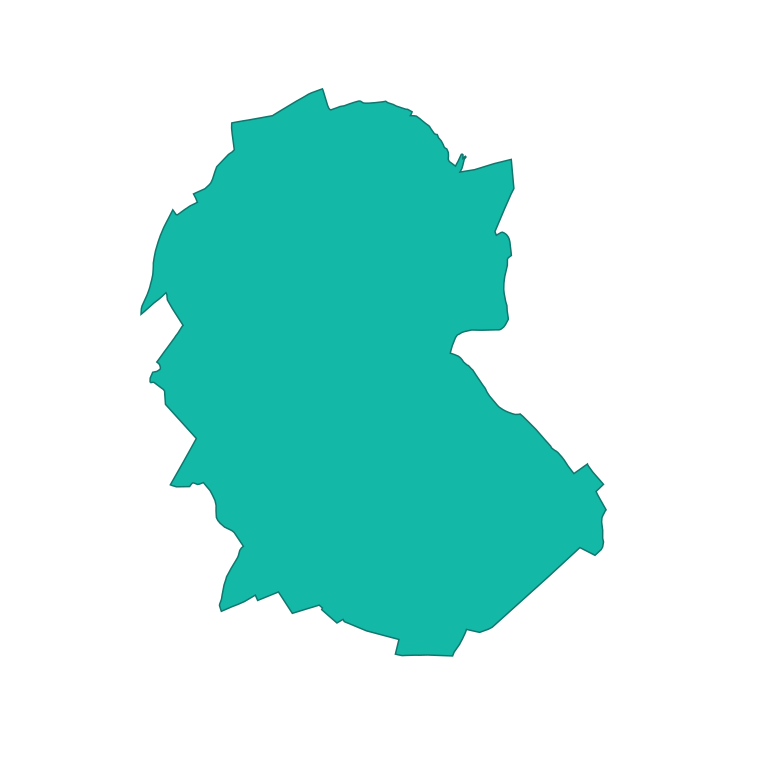 outline of Cherechiu, Bihor, Romania, rotated 19°
{"feature_id": "2599482B71781010068673", "entity_name": "Cherechiu", "entity_type": "district", "adm_level": 2, "iso_a3": "ROU", "parent_name": "Romania", "parent_adm1": "Bihor", "projection": "orthographic", "projection_center": [22.122, 47.408], "detail": "fine", "context": "isolated", "style": "filled", "palette": "teal", "viewbox_px": 768, "rotation_deg": 19, "n_neighbors": 0, "source": "geoboundaries", "source_scale": "gbopen_adm2", "svg_char_len": 5114}
<svg xmlns="http://www.w3.org/2000/svg" viewBox="0 0 768 768"><g transform="rotate(19 384 384)"><path d="M565.6,578.6L602.3,512.4L622.5,474.9L639.3,477.3L643.3,469.8L643.8,466.9L643.0,461.9L641.0,458.7L638.4,451.1L634.7,443.6L633.6,439.4L633.8,436.9L634.3,433.5L634.5,431.8L635.0,430.7L624.5,421.4L622.3,419.4L619.5,416.6L624.2,407.4L610.1,399.3L604.1,395.1L602.7,393.9L602.4,393.4L592.7,406.9L585.0,401.8L579.1,397.2L575.6,394.9L573.4,393.7L572.2,393.0L570.6,392.1L568.9,391.5L566.8,391.1L565.7,390.7L564.3,390.3L563.0,389.7L562.0,388.6L554.8,384.6L542.3,377.4L529.0,370.9L526.2,369.5L522.4,368.0L521.9,368.5L520.3,369.2L518.0,370.1L514.8,370.3L510.4,370.2L507.7,370.0L504.8,369.5L500.2,368.3L497.9,367.1L487.7,361.0L484.1,358.2L481.9,355.9L480.5,354.7L477.7,352.8L475.6,351.2L472.4,348.8L468.4,345.8L463.3,341.8L461.7,341.2L457.8,339.1L456.3,339.0L453.7,338.0L451.9,337.2L450.2,335.8L447.8,334.4L445.2,333.5L443.7,333.4L440.2,333.2L436.6,333.3L436.3,329.3L436.1,325.4L436.5,316.8L437.4,313.7L439.0,312.2L440.8,310.0L442.8,308.4L449.3,304.4L458.7,301.4L471.3,296.7L475.2,295.3L476.6,294.3L478.6,291.3L479.5,288.5L480.5,282.3L480.0,281.2L476.6,274.6L474.7,269.9L472.2,266.4L468.0,259.0L466.4,255.5L464.5,249.4L463.3,243.7L463.0,241.3L462.0,231.6L460.1,225.9L460.4,224.2L462.6,221.0L460.9,217.3L458.4,212.1L456.8,208.7L455.1,206.1L453.3,204.3L451.2,202.9L448.7,202.1L446.6,201.9L445.4,202.6L444.0,204.2L441.8,206.8L439.3,203.8L441.0,178.7L441.5,172.8L441.6,171.8L441.7,170.5L442.2,164.4L442.4,162.4L443.2,156.9L439.8,149.4L431.2,130.2L416.2,139.9L404.9,148.2L399.8,151.9L397.0,153.4L386.8,158.9L387.2,156.8L387.5,154.7L387.3,151.4L386.8,146.3L386.7,145.2L387.2,144.0L387.6,142.7L386.7,142.2L385.1,145.0L384.1,141.6L383.4,141.2L382.7,141.4L382.3,141.8L381.5,149.6L381.0,152.2L380.7,154.7L380.2,154.6L379.0,154.2L376.6,153.4L373.3,152.4L371.5,150.5L371.3,149.5L370.7,147.4L370.5,146.7L369.4,144.1L367.5,142.0L366.8,141.3L364.3,140.8L363.2,139.8L362.5,138.8L359.0,135.5L355.2,133.3L353.8,131.5L353.1,130.8L351.7,131.1L350.1,130.9L345.3,127.4L343.0,125.5L337.7,123.8L333.9,122.4L331.7,121.5L329.3,120.8L327.6,120.2L325.5,120.5L321.5,121.7L321.9,119.6L322.0,117.5L317.0,116.6L314.9,117.1L305.2,117.2L301.7,116.7L296.0,116.8L293.6,116.1L290.7,117.7L286.1,119.9L283.3,121.2L277.7,123.6L275.0,124.5L273.0,125.0L271.2,124.6L269.8,124.2L269.1,124.4L268.4,124.5L267.7,124.9L266.2,125.9L263.8,127.6L261.2,129.6L260.6,130.0L255.8,133.9L252.2,135.9L249.3,138.3L245.3,141.5L244.5,142.1L243.8,142.2L243.0,141.8L242.0,141.2L240.1,139.1L230.7,126.1L229.7,125.0L228.4,126.0L221.5,131.6L220.9,132.1L218.4,134.4L214.0,139.6L209.5,144.6L197.5,158.9L191.9,165.7L191.3,166.6L189.6,167.5L180.7,172.5L169.4,178.8L165.6,180.8L158.2,184.9L155.1,186.7L155.1,187.0L155.2,187.3L156.6,191.7L159.0,196.9L159.4,197.7L166.2,211.3L164.9,214.0L162.2,217.6L155.1,233.1L155.0,238.0L155.2,246.1L154.9,249.1L154.7,250.6L153.7,252.9L151.8,256.4L151.2,257.6L147.9,260.7L144.4,264.0L142.0,266.3L145.4,269.5L148.4,273.0L142.8,278.6L138.7,284.0L133.6,291.3L132.3,291.5L127.6,288.1L126.1,298.7L125.6,301.9L124.8,307.6L124.2,316.6L124.2,323.6L124.6,332.5L125.0,335.4L125.4,338.4L126.5,344.7L127.3,347.0L128.3,350.3L129.2,353.6L129.8,356.0L130.5,361.7L130.7,365.2L131.0,368.1L131.1,370.2L131.1,372.3L131.0,376.8L130.5,381.9L129.8,389.0L130.1,392.0L131.2,395.9L131.6,397.2L134.3,392.7L137.1,387.7L139.9,382.6L143.1,377.8L145.6,373.6L148.1,368.7L149.6,370.1L150.6,372.5L151.8,375.0L159.2,381.5L175.0,394.0L174.7,394.5L174.5,394.9L173.9,397.2L173.7,398.1L173.7,398.4L173.2,400.1L172.9,401.7L172.0,404.8L171.6,405.8L170.8,408.9L169.7,412.4L169.6,412.8L168.0,417.9L167.6,419.3L165.8,424.9L163.8,431.6L162.7,435.2L162.0,437.2L164.2,438.0L165.2,438.6L165.9,439.3L166.5,440.1L167.2,441.2L167.5,442.0L167.4,443.1L165.2,446.0L161.5,448.2L161.0,454.6L162.1,458.1L163.1,458.6L164.9,457.6L166.0,457.4L175.2,460.4L177.2,461.0L178.8,462.1L184.0,474.4L224.3,496.6L222.6,506.5L220.1,520.5L219.6,523.3L214.8,548.9L216.3,549.0L221.2,548.8L233.6,544.3L234.5,541.2L235.2,539.9L235.9,539.6L236.9,539.5L239.0,539.6L240.3,539.7L241.9,538.9L244.5,536.7L245.3,536.0L254.5,541.6L258.5,545.4L262.1,549.1L264.8,553.5L266.5,558.7L269.0,564.8L271.2,567.0L274.2,568.9L277.2,570.1L279.8,571.2L287.6,572.1L289.2,572.6L290.7,573.2L303.9,583.2L302.5,585.6L301.8,588.3L302.2,593.8L302.0,596.2L299.5,607.9L299.0,611.0L297.9,617.5L298.1,620.3L298.2,626.2L299.7,636.5L300.3,639.8L300.4,641.1L300.3,645.5L300.4,646.4L300.5,646.9L301.8,648.7L303.6,651.1L304.2,651.9L307.5,648.9L312.6,644.2L317.7,639.9L320.0,637.8L322.9,635.1L331.1,625.5L335.0,629.8L351.9,615.0L372.0,630.7L387.6,619.3L388.8,618.5L394.7,614.2L398.7,615.8L398.5,617.6L406.7,621.0L412.9,623.5L417.3,625.3L421.9,619.9L423.8,621.6L447.8,623.1L481.3,620.7L482.7,635.7L485.1,635.5L489.6,634.9L492.3,633.8L502.7,629.9L505.3,629.1L513.3,626.1L537.4,618.8L537.6,614.7L540.2,605.6L540.7,602.2L541.2,599.2L541.5,596.2L541.7,594.7L541.8,593.3L541.9,592.4L541.9,591.6L541.9,590.7L541.9,590.3L541.8,589.3L541.8,589.2L551.0,588.2L553.6,587.9L555.3,587.7L560.0,583.9L562.5,581.9L565.6,578.6Z" fill="#14b8a6" stroke="#0f766e" stroke-width="1.5"/></g></svg>